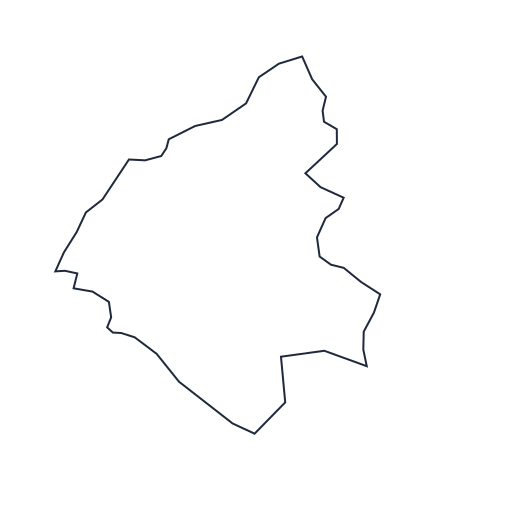 the border of Muramvya, rotated 50°
{"feature_id": "BDI-3365", "entity_name": "Muramvya", "entity_type": "Province", "adm_level": 1, "iso_a3": "BDI", "parent_name": "Burundi", "parent_adm1": "", "projection": "natural_earth1", "projection_center": [29.66, -3.246], "detail": "fine", "context": "isolated", "style": "outline", "palette": "slate", "viewbox_px": 512, "rotation_deg": 50, "n_neighbors": 0, "source": "natural_earth", "source_scale": "10m", "svg_char_len": 822}
<svg xmlns="http://www.w3.org/2000/svg" viewBox="0 0 512 512"><g transform="rotate(50 256 256)"><path d="M132.8,92.4L156.8,99.4L179.0,100.0L187.5,111.6L196.9,117.6L210.8,112.6L222.2,122.0L224.4,165.0L244.8,162.3L267.7,151.4L273.1,162.4L271.7,178.3L280.9,197.3L297.3,207.6L310.8,204.2L321.5,196.4L343.5,192.2L365.2,185.5L375.2,202.1L383.2,222.1L396.6,233.9L411.6,242.0L372.5,264.6L349.2,301.6L386.9,327.7L391.2,371.3L369.2,381.6L302.8,395.8L267.1,395.0L240.3,401.2L228.3,408.8L222.6,414.9L215.0,415.9L209.9,406.4L196.6,398.2L178.2,404.1L163.5,416.5L154.5,404.1L144.5,411.9L138.8,419.6L129.7,400.7L122.4,378.0L113.3,358.3L114.0,337.2L100.4,291.3L111.4,279.5L118.5,264.3L115.8,255.3L110.5,247.8L117.3,219.0L129.9,194.6L132.7,165.5L120.9,138.9L123.4,114.8L132.8,92.4Z" fill="none" stroke="#1e293b" stroke-width="2"/></g></svg>